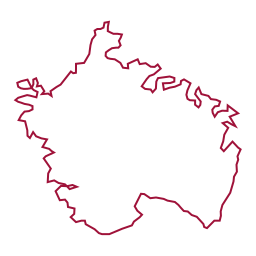 the district of Tuparendi, Rio Grande do Sul, Brazil
{"feature_id": "56859067B53312005117926", "entity_name": "Tuparendi", "entity_type": "district", "adm_level": 2, "iso_a3": "BRA", "parent_name": "Brazil", "parent_adm1": "Rio Grande do Sul", "projection": "mercator", "projection_center": [-54.564, -27.693], "detail": "fine", "context": "isolated", "style": "outline", "palette": "rose", "viewbox_px": 256, "rotation_deg": 0, "n_neighbors": 0, "source": "geoboundaries", "source_scale": "gbopen_adm2", "svg_char_len": 2662}
<svg xmlns="http://www.w3.org/2000/svg" viewBox="0 0 256 256"><path d="M25.1,121.3L27.3,130.2L27.5,135.8L29.9,138.0L33.1,132.1L36.1,136.3L41.5,138.4L47.0,139.4L42.5,147.0L49.2,148.9L51.5,151.0L53.9,152.5L45.7,156.3L43.7,158.4L50.8,168.6L48.2,173.4L47.7,182.1L54.2,180.4L58.6,183.0L64.9,184.3L66.9,186.2L61.0,185.9L55.6,191.2L59.8,200.2L65.0,199.6L67.5,202.6L68.0,207.0L74.5,208.5L74.2,213.9L70.7,217.1L72.9,219.2L76.0,222.1L81.3,220.7L84.9,220.7L85.7,224.2L94.6,229.2L98.9,233.1L101.9,234.1L109.4,234.1L122.3,228.7L131.9,225.4L133.9,221.6L139.6,217.3L142.0,214.7L137.3,210.7L134.7,206.3L141.0,193.8L144.3,194.1L150.3,198.2L156.0,197.5L163.7,198.9L167.5,200.6L174.9,202.0L178.4,204.9L180.6,207.5L183.8,211.0L187.8,211.5L191.7,215.0L196.8,216.8L203.4,224.0L204.2,227.0L207.0,228.1L214.3,220.7L219.7,220.7L220.9,215.8L220.7,211.4L222.4,205.0L230.2,192.8L233.5,181.5L234.0,176.7L236.9,171.7L236.5,164.7L238.2,159.7L237.5,156.3L240.6,149.4L238.0,147.5L232.5,141.6L223.8,151.2L220.8,148.0L223.2,141.4L224.3,134.7L228.2,127.8L222.7,123.1L227.2,121.7L231.5,124.3L235.4,126.2L229.7,116.7L238.1,113.3L227.7,105.4L227.5,110.9L222.1,110.7L217.8,112.2L214.7,116.7L212.7,112.8L212.3,109.7L214.8,106.4L218.7,105.9L220.1,101.5L216.2,99.8L210.9,99.1L208.4,95.9L201.4,94.1L198.7,87.5L196.4,90.2L195.1,94.1L200.7,101.5L200.3,104.9L198.5,107.4L195.1,104.7L195.1,100.5L189.8,100.2L187.5,98.8L186.4,94.8L187.4,90.4L190.5,83.3L184.0,79.4L181.0,81.0L180.6,84.3L174.9,86.7L169.6,87.7L163.9,89.7L162.9,83.3L170.3,83.0L174.3,81.6L174.4,78.0L169.7,76.5L158.0,78.1L156.3,81.6L155.9,88.6L152.6,92.3L150.7,89.5L145.1,88.9L141.7,86.3L146.7,79.1L149.4,76.0L153.8,74.4L160.7,68.6L157.7,64.5L154.7,66.9L150.7,66.7L145.7,63.2L139.7,64.1L137.7,59.3L127.8,63.8L128.2,68.3L123.0,67.7L120.4,62.9L114.8,59.3L110.3,58.8L107.6,58.1L105.6,55.9L105.9,52.4L108.8,50.2L112.0,48.2L115.8,47.7L118.4,47.7L120.6,45.3L118.9,40.9L120.8,37.5L121.9,34.5L117.6,33.8L113.4,33.8L110.6,32.5L107.8,31.1L107.9,26.6L108.8,21.9L104.5,22.7L103.5,27.6L100.5,29.0L97.3,29.0L94.6,30.6L95.5,35.0L92.1,39.3L90.5,45.0L89.3,54.0L84.1,62.9L76.0,63.8L76.0,68.8L75.9,72.8L73.2,73.2L70.9,71.5L60.6,84.6L56.5,87.0L50.5,91.2L51.5,95.9L48.2,93.6L41.9,94.1L44.3,91.2L40.9,85.7L36.9,86.4L37.9,83.0L36.1,78.3L33.3,79.6L33.4,84.1L31.7,88.1L33.8,90.1L37.6,92.0L36.4,97.3L29.8,95.6L27.1,95.1L22.0,96.6L18.2,97.8L15.4,100.1L18.2,101.8L20.9,102.6L24.5,103.9L29.0,104.7L32.5,106.1L32.5,109.4L29.0,111.1L24.5,111.6L21.2,115.4L18.7,120.1L25.1,121.3ZM66.9,186.2L72.5,185.0L76.8,186.8L69.6,189.1L66.9,186.2ZM31.7,88.1L27.5,79.6L21.2,81.2L17.3,82.8L18.2,86.7L20.9,88.3L23.9,88.9L27.5,88.8L31.7,88.1Z" fill="none" stroke="#9f1239" stroke-width="2"/></svg>